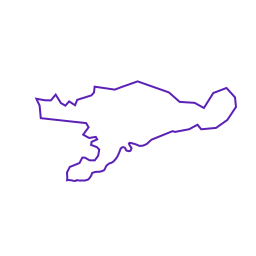 the district of Sirdarya, Sirdaryo, Uzbekistan, rotated 108°
{"feature_id": "79887680B82422734608067", "entity_name": "Sirdarya", "entity_type": "district", "adm_level": 2, "iso_a3": "UZB", "parent_name": "Uzbekistan", "parent_adm1": "Sirdaryo", "projection": "equal_earth", "projection_center": [68.708, 40.817], "detail": "fine", "context": "isolated", "style": "outline", "palette": "violet", "viewbox_px": 256, "rotation_deg": 108, "n_neighbors": 0, "source": "geoboundaries", "source_scale": "gbopen_adm2", "svg_char_len": 1375}
<svg xmlns="http://www.w3.org/2000/svg" viewBox="0 0 256 256"><g transform="rotate(108 128 128)"><path d="M145.6,214.0L136.3,169.3L139.5,165.7L148.2,168.6L149.5,161.9L146.4,155.9L148.3,153.8L152.4,158.3L155.5,157.9L155.8,151.7L157.4,148.7L163.6,147.8L169.0,149.6L170.6,154.6L169.5,159.8L170.3,162.3L176.3,163.3L183.0,171.3L189.1,172.3L194.0,170.4L196.5,169.8L195.9,168.7L195.2,165.3L195.1,163.8L194.6,161.5L193.4,160.6L193.0,158.0L191.9,154.8L191.3,152.8L189.3,149.9L186.9,148.9L184.8,148.3L181.9,148.2L180.4,146.3L179.3,144.2L178.5,141.8L177.1,139.4L175.6,137.8L174.4,137.4L170.5,136.9L167.6,135.0L166.3,133.1L164.4,131.5L161.5,130.2L158.6,129.3L155.5,128.9L152.7,128.7L149.7,128.6L148.3,127.6L147.7,126.8L147.6,126.0L147.8,125.0L148.3,124.1L149.5,123.2L149.9,122.7L149.9,121.4L149.8,120.1L149.0,118.7L147.8,118.4L146.0,118.5L145.0,119.7L144.0,121.0L142.7,122.3L141.6,121.9L141.3,119.9L141.1,115.7L141.5,111.6L140.1,108.2L137.5,105.3L131.8,102.0L117.2,84.6L117.2,82.1L110.3,69.5L103.4,62.9L106.6,58.0L100.7,44.3L89.6,36.0L74.6,31.8L65.8,35.7L59.5,46.7L68.4,57.7L85.5,62.0L83.5,72.5L87.2,86.9L81.5,100.1L80.7,133.3L90.9,146.6L95.6,152.5L99.0,172.5L104.8,171.3L108.3,172.9L116.9,185.0L122.7,185.4L120.9,192.2L126.1,194.5L125.0,199.6L124.1,200.6L118.6,207.1L125.6,209.9L127.3,215.6L128.5,224.2L134.0,219.0L145.6,214.0Z" fill="none" stroke="#5b21b6" stroke-width="2"/></g></svg>